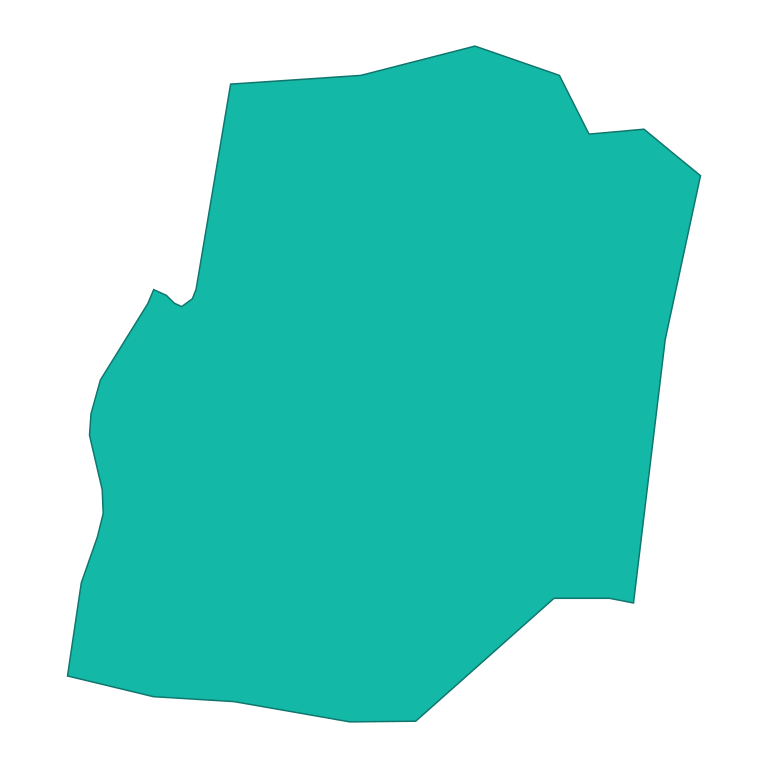 SVG path tracing the border of Kasese
{"feature_id": "UGA-3367", "entity_name": "Kasese", "entity_type": "District", "adm_level": 1, "iso_a3": "UGA", "parent_name": "Uganda", "parent_adm1": "", "projection": "natural_earth1", "projection_center": [29.908, 0.096], "detail": "fine", "context": "isolated", "style": "filled", "palette": "teal", "viewbox_px": 768, "rotation_deg": 0, "n_neighbors": 0, "source": "natural_earth", "source_scale": "10m", "svg_char_len": 507}
<svg xmlns="http://www.w3.org/2000/svg" viewBox="0 0 768 768"><path d="M181.7,306.6L192.4,298.7L196.1,289.2L230.6,84.1L360.7,75.4L474.9,46.1L559.4,75.4L589.0,134.1L644.0,129.2L673.6,153.7L700.5,175.7L665.2,339.6L633.5,603.0L609.4,598.3L554.0,598.3L415.7,721.2L349.9,721.9L233.8,701.6L153.5,696.7L67.5,676.0L81.3,582.8L97.4,536.9L103.2,513.5L102.2,489.7L89.5,435.3L91.0,413.8L100.4,380.0L147.8,303.6L153.7,289.6L166.4,295.4L174.3,303.2L181.7,306.6Z" fill="#14b8a6" stroke="#0f766e" stroke-width="1.5"/></svg>